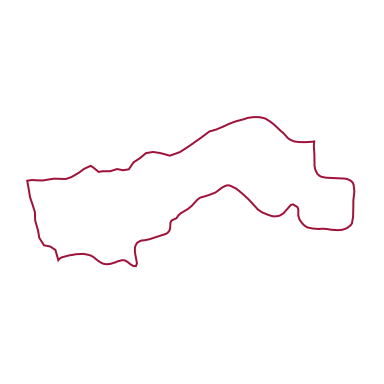 outline of Pujon, Hamgyŏng-namdo, North Korea, rotated 80°
{"feature_id": "82179303B63177642668058", "entity_name": "Pujon", "entity_type": "district", "adm_level": 2, "iso_a3": "PRK", "parent_name": "North Korea", "parent_adm1": "Hamgyŏng-namdo", "projection": "equal_earth", "projection_center": [127.625, 40.761], "detail": "fine", "context": "isolated", "style": "outline", "palette": "rose", "viewbox_px": 384, "rotation_deg": 80, "n_neighbors": 0, "source": "geoboundaries", "source_scale": "gbopen_adm2", "svg_char_len": 2143}
<svg xmlns="http://www.w3.org/2000/svg" viewBox="0 0 384 384"><g transform="rotate(80 192 192)"><path d="M152.3,352.3L155.4,352.3L160.6,352.3L168.9,352.4L176.2,351.3L184.5,350.2L192.8,351.4L203.2,350.3L210.5,350.4L218.8,347.0L221.0,341.2L225.3,336.6L235.9,335.5L234.6,333.9L233.8,331.9L233.1,324.5L233.2,319.7L233.1,317.3L234.1,309.6L235.7,305.4L236.9,302.9L238.7,300.6L243.3,296.6L245.6,294.1L247.2,291.9L248.0,289.8L248.5,287.4L248.6,284.7L248.0,279.8L247.4,277.4L247.0,272.5L247.7,270.0L249.3,268.0L253.3,264.4L254.9,262.1L255.2,260.0L252.6,258.6L250.2,258.6L241.7,258.7L239.0,258.3L236.7,257.8L234.7,256.7L232.6,255.0L231.5,252.4L231.0,250.0L231.3,247.1L231.1,241.9L228.7,225.0L228.0,223.1L226.1,220.9L223.5,219.7L218.5,218.6L216.5,217.0L215.1,211.8L212.7,209.5L211.2,207.3L207.9,198.7L205.5,194.5L200.5,188.0L199.2,185.5L198.7,183.3L198.6,180.8L197.9,175.8L196.6,169.0L192.8,161.5L191.6,157.2L191.8,154.5L193.1,152.3L196.4,147.8L202.6,142.5L209.0,137.6L220.6,130.2L224.2,126.5L227.3,121.7L229.7,117.3L230.3,115.2L230.6,112.6L230.5,109.9L229.8,107.8L228.7,105.4L221.9,96.9L221.7,95.2L221.8,94.6L225.1,90.8L227.4,90.3L233.6,91.4L237.8,90.9L241.8,89.0L243.8,87.7L245.8,85.9L247.2,83.9L248.9,79.5L250.4,73.8L250.9,69.4L251.9,65.5L253.4,61.3L254.9,55.1L255.3,50.6L254.6,46.0L253.6,44.0L252.6,42.0L250.8,40.0L244.5,37.7L235.6,35.9L228.1,34.5L219.7,32.0L213.2,31.6L210.9,32.0L208.9,33.3L207.3,35.2L206.1,37.2L205.3,39.3L201.2,57.5L199.5,61.9L198.1,63.7L196.1,65.3L191.7,66.7L187.5,66.8L176.6,65.0L167.8,64.0L163.4,62.9L163.4,65.0L162.6,71.6L161.4,78.0L160.0,82.4L157.5,86.3L155.6,88.2L149.5,92.0L148.2,93.3L139.8,99.5L135.8,103.2L132.3,107.2L130.4,111.4L129.8,113.7L128.9,118.5L128.7,124.1L129.4,129.0L130.0,136.4L131.3,143.7L132.5,147.8L134.6,156.8L135.2,161.8L135.3,164.1L140.7,174.9L146.7,187.7L150.6,197.0L152.4,207.4L148.1,216.6L145.8,223.5L145.7,230.5L149.7,237.5L152.6,244.4L158.7,250.3L158.6,256.1L156.4,261.8L157.3,268.8L156.0,276.9L156.0,280.4L150.7,285.0L148.6,287.3L150.5,294.3L153.4,300.1L156.4,308.2L157.3,314.0L154.9,325.6L154.7,337.2L153.5,343.0L152.4,347.6L152.3,352.3Z" fill="none" stroke="#9f1239" stroke-width="2"/></g></svg>